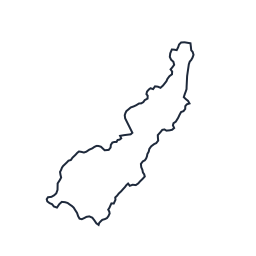 Barra do Rocha, Bahia, Brazil (Robinson projection), rotated 23°
{"feature_id": "56859067B92025314494769", "entity_name": "Barra do Rocha", "entity_type": "district", "adm_level": 2, "iso_a3": "BRA", "parent_name": "Brazil", "parent_adm1": "Bahia", "projection": "robinson", "projection_center": [-39.586, -14.075], "detail": "fine", "context": "isolated", "style": "outline", "palette": "slate", "viewbox_px": 256, "rotation_deg": 23, "n_neighbors": 0, "source": "geoboundaries", "source_scale": "gbopen_adm2", "svg_char_len": 2436}
<svg xmlns="http://www.w3.org/2000/svg" viewBox="0 0 256 256"><g transform="rotate(23 128 128)"><path d="M159.1,45.6L158.9,42.7L159.6,40.7L159.9,38.0L159.7,35.0L157.8,32.7L155.8,31.7L154.1,28.6L152.4,25.6L146.6,27.0L143.5,28.5L142.4,31.2L142.6,34.0L142.4,37.3L139.7,37.9L137.7,38.6L137.7,42.7L138.7,46.2L141.0,48.3L143.9,49.3L145.8,51.8L145.1,54.8L144.3,57.4L146.6,58.8L147.5,61.4L145.9,64.1L145.1,67.4L145.1,69.9L144.4,72.5L143.6,75.3L142.2,78.3L139.3,78.3L136.6,79.1L135.9,82.4L133.2,82.6L132.2,84.3L131.3,87.0L131.7,89.6L133.5,90.6L134.5,93.3L132.5,95.8L132.0,98.2L130.5,100.2L128.6,101.1L126.6,103.9L124.8,105.9L122.5,108.0L121.2,110.6L119.9,113.1L119.8,115.4L120.0,117.5L121.6,120.2L133.9,130.7L132.9,132.8L127.2,136.1L123.8,138.3L125.8,140.2L124.8,142.0L123.1,143.1L122.9,145.3L120.9,146.2L119.3,147.5L118.8,150.2L119.6,152.8L118.8,155.7L116.9,156.7L115.2,157.6L110.4,155.8L107.8,156.1L106.0,156.8L104.4,158.6L103.1,160.7L100.8,163.1L98.9,166.1L97.0,167.8L94.4,168.2L92.0,168.8L91.0,170.7L90.1,173.3L88.5,177.0L87.9,179.8L86.0,181.3L85.1,183.7L83.9,186.5L83.1,188.3L82.7,190.3L82.8,192.8L82.6,195.0L84.1,197.4L85.8,199.7L85.6,202.4L84.9,206.5L86.1,209.5L87.3,212.5L87.5,216.2L86.3,218.8L84.4,221.3L81.4,223.0L81.0,225.3L82.4,227.1L85.2,227.8L87.9,227.8L90.4,229.2L93.7,229.0L94.5,225.0L95.9,221.9L99.0,220.9L101.7,220.6L104.2,221.2L106.8,221.7L109.1,222.5L111.2,224.0L114.3,226.1L116.5,228.6L118.8,230.4L121.1,230.0L122.9,228.0L124.5,226.0L126.9,224.5L130.2,224.5L133.2,226.2L136.1,228.1L138.8,228.7L138.6,226.6L139.3,224.7L140.2,222.6L142.3,220.9L143.8,219.2L144.4,216.8L144.5,213.9L143.4,212.2L141.7,210.9L142.1,208.5L142.1,206.1L142.2,203.9L144.4,203.1L144.5,199.0L143.4,196.9L144.4,194.6L145.1,191.9L146.4,189.0L147.3,186.3L148.3,183.5L148.8,181.3L149.8,179.1L152.2,180.5L154.5,178.4L157.5,177.5L159.1,175.0L159.9,172.5L161.3,169.2L162.4,166.1L161.0,164.3L159.1,163.1L157.6,160.9L155.5,158.9L153.9,156.0L154.7,152.9L156.1,151.2L156.6,149.0L156.5,146.6L156.0,144.4L156.3,141.7L155.8,138.9L156.5,135.8L158.4,132.5L159.9,130.9L160.7,127.8L159.3,125.2L158.2,122.9L159.4,119.4L160.3,116.3L162.1,115.1L164.4,115.4L167.2,113.9L169.3,112.4L170.5,110.0L168.3,108.0L168.0,105.8L169.5,103.5L170.2,99.0L170.3,95.8L170.6,92.6L172.5,90.8L173.2,88.1L172.2,85.5L172.9,83.2L175.0,81.4L172.7,79.6L169.9,78.8L167.3,77.8L167.0,74.7L166.9,71.9L166.7,69.4L165.7,66.8L162.1,57.0L159.1,45.6Z" fill="none" stroke="#1e293b" stroke-width="2"/></g></svg>